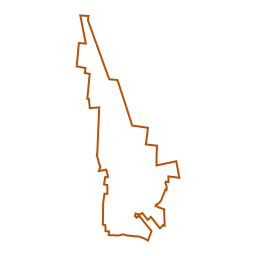 Ucú, Yucatán, Mexico (Natural Earth projection)
{"feature_id": "50627088B57657804580425", "entity_name": "Ucú", "entity_type": "district", "adm_level": 2, "iso_a3": "MEX", "parent_name": "Mexico", "parent_adm1": "Yucatán", "projection": "natural_earth1", "projection_center": [-89.766, 21.088], "detail": "fine", "context": "isolated", "style": "outline", "palette": "amber", "viewbox_px": 256, "rotation_deg": 0, "n_neighbors": 0, "source": "geoboundaries", "source_scale": "gbopen_adm2", "svg_char_len": 1785}
<svg xmlns="http://www.w3.org/2000/svg" viewBox="0 0 256 256"><path d="M108.7,235.0L110.6,235.2L112.4,235.2L117.3,235.5L119.9,235.3L122.8,234.4L123.8,234.5L126.7,235.4L135.5,236.3L138.8,236.5L140.0,236.9L141.0,237.2L142.2,237.8L143.6,238.1L144.4,238.5L148.0,240.6L151.5,231.1L140.2,217.1L140.0,217.4L139.1,216.4L138.9,216.6L138.5,216.3L137.9,216.1L136.7,217.7L134.8,216.0L135.3,214.5L135.6,213.5L138.8,214.3L139.0,214.4L139.1,215.0L142.3,213.0L147.8,220.0L150.9,216.9L160.0,228.4L162.9,225.3L163.0,225.4L163.1,225.1L164.7,225.7L164.2,213.9L164.0,209.2L158.9,207.5L158.7,207.4L157.1,206.5L156.7,206.3L155.5,206.2L155.8,205.3L156.2,204.7L156.8,204.4L157.2,204.1L158.0,203.9L160.4,201.4L161.3,200.2L161.8,198.6L162.0,198.2L162.2,197.7L162.8,196.2L164.0,193.2L165.4,189.6L166.4,190.1L166.5,189.9L166.6,189.6L166.6,188.6L166.6,188.3L166.6,187.9L166.7,187.2L166.5,186.4L166.3,185.3L166.0,184.4L165.5,183.7L165.5,183.3L165.6,182.3L165.8,181.6L167.6,182.0L168.5,182.0L168.5,181.2L168.5,180.8L168.4,176.4L173.2,177.0L179.3,177.8L178.2,171.6L176.9,164.6L176.3,161.2L169.6,162.7L156.5,165.4L156.6,154.9L157.0,145.7L145.8,144.4L147.3,133.7L147.3,132.9L147.9,127.8L142.4,127.0L132.2,125.5L124.5,101.6L121.3,91.9L117.5,80.0L109.3,79.3L105.8,69.9L88.0,20.5L88.0,20.4L88.5,16.0L86.4,15.9L80.3,15.4L85.8,43.6L78.9,43.0L78.4,48.2L77.6,57.0L76.7,66.4L85.5,68.0L84.8,73.0L89.7,73.9L88.5,86.2L88.5,87.0L87.3,98.8L88.8,98.7L89.8,108.1L99.2,107.4L97.3,153.4L97.2,153.3L96.7,154.8L96.8,155.1L99.9,166.3L100.4,166.5L98.9,171.1L106.1,169.6L106.8,171.6L107.4,174.1L107.8,175.4L107.8,176.9L107.8,177.2L105.2,177.1L104.0,184.5L107.3,185.0L107.4,193.8L104.5,193.7L104.0,197.2L103.2,202.8L102.9,222.3L102.8,224.7L105.4,225.2L105.5,231.2L109.0,231.4L108.7,235.0Z" fill="none" stroke="#b45309" stroke-width="2"/></svg>